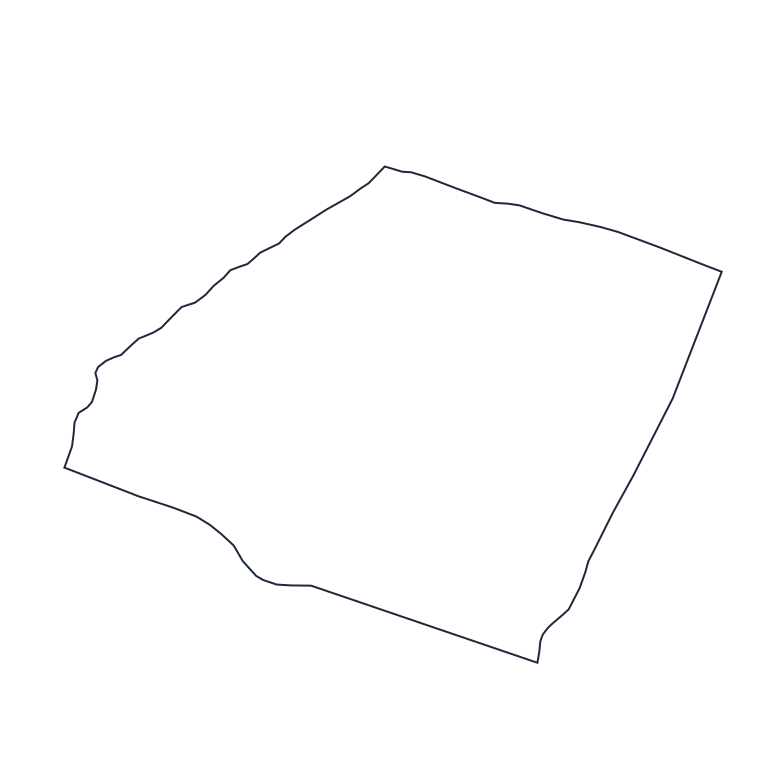 the district of Ntem, Wouleu-Ntem, Gabon, rotated 201°
{"feature_id": "22940354B82512793469031", "entity_name": "Ntem", "entity_type": "district", "adm_level": 2, "iso_a3": "GAB", "parent_name": "Gabon", "parent_adm1": "Wouleu-Ntem", "projection": "mercator", "projection_center": [11.684, 2.068], "detail": "fine", "context": "isolated", "style": "outline", "palette": "slate", "viewbox_px": 768, "rotation_deg": 201, "n_neighbors": 0, "source": "geoboundaries", "source_scale": "gbopen_adm2", "svg_char_len": 1186}
<svg xmlns="http://www.w3.org/2000/svg" viewBox="0 0 768 768"><g transform="rotate(201 384 384)"><path d="M652.4,191.4L572.9,191.2L536.5,193.0L511.5,193.0L496.1,190.1L481.9,185.5L466.5,179.4L452.3,168.0L434.5,159.0L426.6,157.7L412.4,158.3L399.0,162.5L379.8,169.6L140.9,178.7L143.0,189.5L145.8,199.6L146.0,206.8L143.8,214.5L141.2,220.2L134.6,232.3L130.8,239.9L128.2,263.7L128.6,280.4L129.7,291.7L128.1,306.1L124.3,345.2L118.4,388.1L109.3,473.8L108.9,609.8L132.4,609.8L174.1,610.3L220.2,609.8L237.9,608.2L259.8,605.0L275.4,601.8L296.8,600.2L321.8,599.3L333.5,596.6L345.5,592.8L361.2,592.8L385.2,592.5L410.2,592.5L419.8,592.5L434.6,591.4L443.1,588.7L461.3,587.3L465.1,578.1L470.2,566.1L475.7,558.5L482.9,547.2L500.4,526.0L510.3,512.6L522.3,496.5L528.8,486.2L532.3,477.6L539.1,470.4L546.7,462.2L551.1,453.3L554.5,447.1L561.7,441.0L568.3,435.1L571.7,425.9L578.2,414.6L582.6,403.3L589.5,392.3L600.5,383.4L606.0,371.0L612.1,356.6L618.3,348.8L629.3,338.5L634.4,328.5L639.9,316.9L645.7,312.1L651.9,305.9L657.0,297.4L657.4,290.8L652.9,284.7L650.9,275.8L650.2,262.7L652.6,255.9L658.7,247.7L659.1,237.0L656.3,227.8L652.9,214.1L652.4,191.4Z" fill="none" stroke="#1e293b" stroke-width="2"/></g></svg>